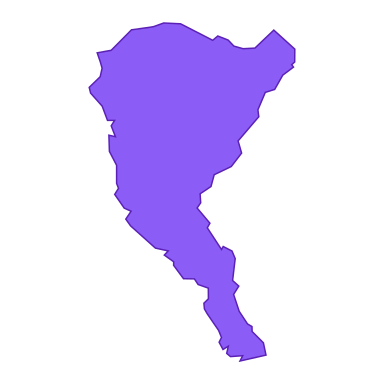 outline of Marion, South Carolina, United States of America
{"feature_id": "52423323B89464999427747", "entity_name": "Marion", "entity_type": "district", "adm_level": 2, "iso_a3": "USA", "parent_name": "United States of America", "parent_adm1": "South Carolina", "projection": "mercator", "projection_center": [-79.345, 33.998], "detail": "fine", "context": "isolated", "style": "filled", "palette": "violet", "viewbox_px": 384, "rotation_deg": 0, "n_neighbors": 0, "source": "geoboundaries", "source_scale": "gbopen_adm2", "svg_char_len": 1170}
<svg xmlns="http://www.w3.org/2000/svg" viewBox="0 0 384 384"><path d="M100.3,61.9L102.1,68.2L100.2,76.7L89.2,87.4L90.6,93.1L102.2,106.2L107.5,120.4L114.6,120.4L111.2,125.8L115.4,136.7L108.9,135.2L109.4,151.4L116.6,165.3L116.6,183.4L118.5,188.3L114.7,194.4L124.3,208.2L131.1,211.2L125.8,219.1L130.6,225.9L155.4,248.1L168.2,250.9L164.3,255.1L173.7,261.8L173.6,265.3L183.5,278.7L194.4,278.9L198.1,284.5L208.3,288.1L208.4,298.8L203.9,303.2L204.4,308.9L207.3,313.9L218.6,330.4L221.5,337.5L219.1,342.2L223.0,349.5L228.3,346.2L226.7,353.4L230.5,356.6L242.7,355.7L240.0,361.0L266.0,355.1L263.4,342.8L252.1,331.5L252.0,326.6L247.5,323.9L239.2,311.3L233.6,294.4L238.8,286.1L232.6,280.5L235.2,258.6L232.0,251.0L223.2,246.5L221.5,249.5L207.3,227.8L209.9,223.2L197.1,208.0L200.7,202.8L200.1,193.8L211.0,186.5L214.2,174.7L231.3,166.5L241.6,153.1L238.1,140.9L258.8,116.7L257.9,109.8L265.3,92.4L274.7,89.4L282.8,75.1L293.5,67.1L291.7,64.7L294.7,62.0L294.8,49.1L273.8,30.1L254.9,48.1L243.1,48.7L233.9,46.1L228.2,40.1L217.8,36.0L212.7,40.3L180.6,23.8L163.7,23.0L153.7,26.6L150.3,27.2L131.5,29.8L111.2,50.3L97.2,52.8L100.3,61.9Z" fill="#8b5cf6" stroke="#5b21b6" stroke-width="1.5"/></svg>